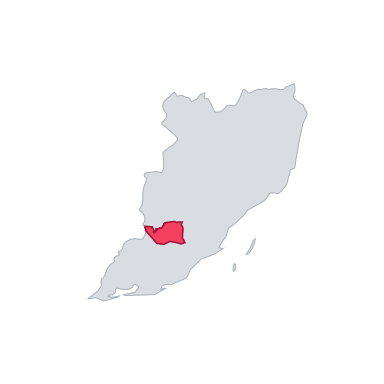 Dulce Nombre de Culmi, Olancho, Honduras (highlighted), rotated 139°
{"feature_id": "27666195B72562154839723", "entity_name": "Dulce Nombre de Culmi", "entity_type": "district", "adm_level": 2, "iso_a3": "HND", "parent_name": "Honduras", "parent_adm1": "Olancho", "projection": "orthographic", "projection_center": [-85.246, 15.042], "detail": "fine", "context": "in_parent", "style": "filled", "palette": "rose", "viewbox_px": 384, "rotation_deg": 139, "n_neighbors": 0, "source": "geoboundaries", "source_scale": "gbopen_adm2", "svg_char_len": 5250}
<svg xmlns="http://www.w3.org/2000/svg" viewBox="0 0 384 384"><g transform="rotate(139 192 192)"><path d="M340.2,179.6L327.9,179.0L322.1,180.6L319.6,184.0L317.4,185.6L315.6,185.2L311.9,186.6L306.4,189.7L301.4,190.9L296.9,190.2L295.6,190.9L295.3,191.9L294.6,192.9L292.9,193.4L290.9,193.2L288.7,192.1L287.5,192.6L287.4,194.6L286.2,195.1L283.9,194.2L281.3,194.9L278.4,197.3L274.4,197.8L269.2,196.5L265.2,193.9L262.4,190.1L259.0,189.1L253.0,192.0L250.5,195.3L250.0,197.3L250.6,199.1L249.5,200.3L246.7,201.0L244.6,203.2L243.2,207.1L242.9,210.1L243.8,212.2L242.4,213.7L238.7,214.7L234.5,218.1L229.5,223.8L224.6,227.7L219.7,230.0L217.3,232.5L217.5,235.2L217.2,236.1L216.2,236.4L214.6,236.8L205.2,230.8L202.5,226.6L200.2,227.2L197.2,229.3L193.0,234.0L188.5,240.4L186.3,241.1L175.1,240.1L169.2,240.6L168.0,241.4L167.4,243.8L167.7,246.9L169.3,258.2L170.2,262.8L169.3,264.2L166.3,264.4L162.3,265.1L160.2,267.2L159.7,269.4L159.4,272.4L158.2,275.5L155.7,277.8L153.3,278.6L139.9,279.1L140.2,273.9L136.4,271.7L134.2,267.3L132.3,264.4L133.0,262.6L132.8,260.5L127.4,258.9L122.3,260.1L119.4,259.2L117.2,258.1L120.9,255.6L121.2,254.0L120.0,252.8L118.8,252.1L119.2,249.2L120.0,245.7L122.2,237.7L121.4,236.3L118.0,233.9L113.7,233.6L109.0,234.3L106.7,233.0L104.8,230.2L101.4,228.8L95.4,231.0L89.0,234.2L87.0,235.4L85.4,235.2L84.7,232.7L84.5,229.8L84.1,229.0L80.7,227.9L76.8,227.1L74.8,226.3L72.9,224.2L68.2,221.6L67.2,219.6L61.0,215.1L59.7,212.9L58.3,211.3L55.3,209.2L52.9,209.7L45.0,207.0L43.8,206.8L45.0,204.6L47.5,201.2L53.1,197.5L53.6,194.4L52.3,188.5L50.9,184.7L51.7,183.0L53.5,176.1L54.9,174.5L62.8,171.2L63.6,170.7L69.9,166.0L76.9,160.7L84.2,154.8L92.3,148.3L96.8,144.4L98.8,142.8L103.4,144.2L107.1,141.1L109.2,140.1L114.2,136.4L115.7,135.6L123.9,134.1L127.9,134.2L131.4,138.1L134.1,140.2L139.3,138.4L143.7,138.1L161.6,141.8L168.8,140.3L181.9,140.0L187.8,140.9L196.1,135.9L201.5,134.9L207.8,132.6L207.0,130.2L205.5,129.1L215.0,130.2L229.3,135.3L244.5,134.4L250.0,131.6L253.5,130.9L269.1,136.1L273.2,140.1L276.4,140.5L278.9,139.5L279.5,138.7L276.5,137.8L275.1,136.6L287.4,139.0L310.6,157.9L311.1,159.5L301.2,153.9L295.9,154.4L294.6,155.3L294.9,158.4L295.4,159.8L297.6,160.0L299.3,159.1L303.4,160.1L306.1,162.1L309.4,165.2L311.4,168.6L313.5,168.7L315.6,166.6L319.5,166.3L322.1,168.6L323.9,168.4L321.3,164.9L315.3,161.4L316.7,161.3L330.0,167.5L333.8,175.4L336.9,177.2L340.2,179.6ZM184.9,111.5L177.3,115.3L174.9,115.3L178.4,112.3L184.1,109.8L188.8,108.5L192.7,109.1L184.9,111.5ZM211.0,107.5L207.3,110.4L206.7,109.1L208.4,106.4L210.6,104.9L212.7,105.1L212.2,106.2L211.0,107.5Z" fill="#d9dde1" stroke="#a8b0b8" stroke-width="1"/><path d="M230.5,158.4L229.4,163.3L229.2,163.7L227.2,166.0L224.4,168.5L222.8,170.3L221.7,172.4L221.8,172.5L221.9,172.9L222.0,173.1L222.0,173.3L222.0,173.5L221.9,173.7L221.8,173.8L221.7,173.8L220.9,174.7L219.0,175.7L222.5,178.7L222.8,178.7L223.1,178.6L223.3,178.6L223.8,179.7L224.3,181.0L224.5,181.2L228.4,183.9L231.9,186.2L232.0,186.3L232.1,186.2L232.2,186.3L232.3,186.3L232.5,186.3L232.8,186.4L232.9,186.5L233.0,186.4L233.0,186.1L233.3,186.2L233.5,186.3L233.5,186.2L233.7,186.3L233.8,186.5L234.0,186.5L234.3,186.6L234.5,186.5L234.5,186.4L234.4,186.4L234.3,186.2L234.5,186.1L234.7,185.9L234.8,185.9L234.9,185.7L235.0,185.6L235.0,185.4L235.3,185.3L235.5,185.3L235.8,185.4L236.0,185.4L236.1,185.5L236.3,185.5L236.5,185.6L236.7,185.4L236.9,185.3L237.0,185.3L237.1,185.2L237.3,185.1L237.5,185.0L237.5,184.9L237.8,184.7L237.9,184.8L238.0,184.8L238.2,185.0L238.3,184.9L238.5,184.9L238.8,184.8L238.9,185.0L239.0,185.0L239.1,185.3L239.3,185.3L239.3,185.2L239.5,185.2L239.5,185.3L239.4,185.3L239.5,185.4L239.7,185.5L239.8,185.6L239.9,185.8L240.0,185.9L240.0,186.0L240.3,185.9L240.4,186.0L240.5,186.0L240.5,185.9L240.6,186.0L240.8,186.0L240.9,185.9L241.0,185.9L241.1,186.0L241.2,186.3L241.3,186.3L241.5,186.4L241.7,186.6L241.8,186.6L242.0,186.6L242.1,186.8L242.3,186.7L242.3,186.8L242.2,186.9L242.2,187.0L242.4,187.3L242.5,187.3L242.5,187.2L242.7,187.3L242.8,187.3L243.0,187.4L243.0,187.5L243.1,187.8L243.3,187.9L243.6,187.9L243.8,187.8L243.9,187.7L243.7,187.4L243.8,187.3L243.7,187.1L243.7,186.9L243.7,186.7L243.8,186.4L244.0,186.2L244.3,186.2L244.4,186.3L244.5,186.3L244.4,186.5L244.4,186.8L244.6,186.8L244.7,186.7L244.8,186.4L245.0,186.3L245.1,186.2L245.3,186.2L245.5,186.1L245.8,186.0L245.8,186.3L245.9,186.5L246.0,186.5L246.3,186.7L246.5,186.8L246.5,186.7L246.8,186.6L247.0,186.8L247.2,186.7L247.3,186.6L247.3,186.9L247.3,187.0L247.2,187.1L246.9,187.2L246.8,187.4L246.7,187.4L246.6,187.5L246.4,187.5L246.3,187.4L246.2,187.4L246.1,187.5L246.0,187.8L246.0,188.0L245.9,188.3L245.9,188.6L245.9,188.8L245.8,189.0L245.7,189.1L245.7,189.3L245.6,189.6L245.5,189.8L245.4,189.9L245.4,190.0L245.3,190.3L245.3,190.5L245.5,190.5L245.6,190.8L245.7,191.0L245.3,191.2L245.3,191.3L245.2,191.4L244.9,191.4L244.8,191.5L244.7,191.6L249.2,196.2L249.9,196.9L249.9,196.7L250.0,196.3L250.0,196.2L250.4,195.9L250.8,196.0L251.0,196.0L251.0,195.9L251.0,195.6L251.3,195.2L251.3,194.9L251.2,194.9L251.0,194.7L250.9,194.7L251.0,194.4L251.4,194.1L251.5,194.0L251.6,193.9L251.8,193.9L252.1,193.6L252.2,193.4L252.3,193.4L252.3,188.0L252.3,176.3L248.2,171.5L247.6,170.9L241.0,169.2L236.5,163.3L234.3,159.9L230.5,158.4Z" fill="#f43f5e" stroke="#9f1239" stroke-width="1.5"/></g></svg>